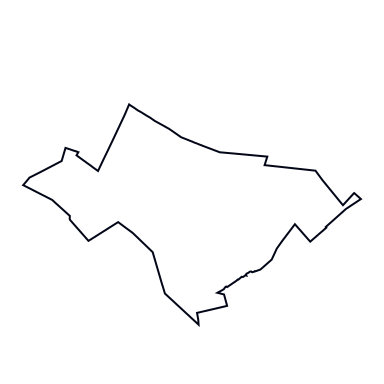 San Nicolás, Tamaulipas, Mexico (Albers equal-area conic projection), rotated 131°
{"feature_id": "50627088B43321963844579", "entity_name": "San Nicolás", "entity_type": "district", "adm_level": 2, "iso_a3": "MEX", "parent_name": "Mexico", "parent_adm1": "Tamaulipas", "projection": "albers", "projection_center": [-98.76, 24.622], "detail": "fine", "context": "isolated", "style": "outline", "palette": "ink", "viewbox_px": 384, "rotation_deg": 131, "n_neighbors": 0, "source": "geoboundaries", "source_scale": "gbopen_adm2", "svg_char_len": 1413}
<svg xmlns="http://www.w3.org/2000/svg" viewBox="0 0 384 384"><g transform="rotate(131 192 192)"><path d="M86.4,68.9L86.8,69.0L102.9,69.4L102.3,73.2L97.5,101.2L94.9,112.8L123.8,154.4L124.1,154.8L115.9,158.4L134.6,184.4L143.8,197.1L150.0,213.9L153.5,223.7L153.6,224.2L157.8,236.1L159.4,250.9L162.8,266.8L163.4,272.6L164.1,276.2L165.3,283.6L165.9,286.1L166.0,286.9L166.3,290.1L166.5,291.7L166.9,294.3L167.2,296.9L177.6,293.5L206.3,285.4L211.0,284.1L219.0,281.9L226.8,279.8L237.8,276.7L238.0,279.2L238.3,282.0L238.4,283.4L238.5,285.4L238.7,287.6L239.1,291.3L239.1,292.3L239.2,293.3L239.4,294.9L239.5,296.4L240.1,303.2L236.5,303.9L241.7,316.4L254.1,310.7L274.5,318.7L282.4,321.9L287.8,324.1L288.3,324.1L289.7,324.0L289.9,324.0L297.6,323.9L289.7,292.3L289.8,288.4L290.2,268.5L292.6,266.6L293.1,265.6L296.8,238.1L293.6,237.1L263.2,228.0L261.8,209.7L263.2,182.2L281.7,153.4L282.1,152.7L282.3,152.3L286.4,145.8L287.8,100.0L284.3,103.5L279.9,108.9L254.9,90.8L248.3,100.6L251.4,106.7L249.5,106.0L246.6,104.9L244.3,104.2L242.5,104.5L240.9,104.2L240.7,103.1L229.3,100.1L228.2,100.2L227.7,99.5L223.4,98.9L222.8,97.8L219.8,97.0L219.4,96.2L218.9,97.2L217.6,97.2L216.8,96.7L214.1,96.0L213.1,95.1L213.1,94.0L211.6,92.9L210.5,92.7L210.4,92.2L205.6,89.5L190.7,87.5L179.0,90.9L169.6,91.8L148.8,93.2L151.9,70.2L141.2,68.7L130.8,67.2L130.6,68.1L103.8,64.7L86.5,59.9L86.4,68.9Z" fill="none" stroke="#020617" stroke-width="2"/></g></svg>